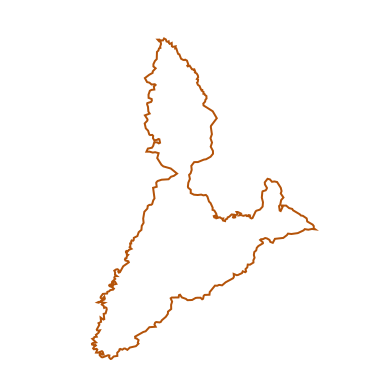 the district of Patos de Minas, Minas Gerais, Brazil, rotated 263°
{"feature_id": "56859067B7361246859240", "entity_name": "Patos de Minas", "entity_type": "district", "adm_level": 2, "iso_a3": "BRA", "parent_name": "Brazil", "parent_adm1": "Minas Gerais", "projection": "natural_earth1", "projection_center": [-46.486, -18.636], "detail": "fine", "context": "isolated", "style": "outline", "palette": "amber", "viewbox_px": 384, "rotation_deg": 263, "n_neighbors": 0, "source": "geoboundaries", "source_scale": "gbopen_adm2", "svg_char_len": 5949}
<svg xmlns="http://www.w3.org/2000/svg" viewBox="0 0 384 384"><g transform="rotate(263 192 192)"><path d="M195.9,268.6L192.7,265.4L190.6,265.3L186.9,266.9L186.2,266.6L184.7,265.4L184.1,262.2L183.4,261.8L177.9,260.6L173.2,261.2L168.9,260.3L166.2,257.2L165.6,253.7L165.0,252.8L158.8,248.9L158.5,247.9L159.2,246.8L160.4,246.7L160.9,245.4L161.8,246.4L162.2,245.6L161.5,243.4L162.4,242.8L162.1,240.0L163.2,237.8L163.1,236.3L164.7,237.9L166.6,234.9L166.7,233.8L165.0,234.5L164.0,234.1L163.8,232.2L161.6,231.8L161.4,230.4L161.8,229.6L164.4,230.7L164.9,228.6L162.9,225.9L162.5,224.3L161.2,223.7L160.6,221.8L159.1,221.3L159.9,219.3L160.8,219.0L161.9,219.6L161.9,218.4L163.5,216.6L163.1,213.9L164.0,214.4L164.8,214.0L163.4,212.4L164.1,211.0L165.4,210.7L165.9,212.8L166.7,213.5L167.6,213.4L170.9,211.9L171.8,210.2L173.9,210.6L178.7,209.1L180.5,207.7L185.7,206.7L187.4,205.4L187.3,202.9L188.3,200.8L188.3,197.3L189.1,193.6L191.1,190.6L194.3,191.0L196.8,188.7L197.9,188.6L201.7,189.5L205.2,191.5L209.3,191.2L210.7,192.9L214.0,194.4L218.0,194.5L221.4,197.8L221.0,201.5L222.7,207.7L222.8,210.0L224.7,214.7L227.4,217.5L230.2,217.8L234.7,216.1L238.6,217.9L243.1,216.9L246.9,218.8L254.3,218.6L255.3,218.9L262.2,225.6L269.6,222.4L276.5,214.0L278.4,214.0L280.1,216.0L282.0,216.6L283.0,217.8L285.5,218.0L287.1,216.4L287.9,216.3L288.1,215.3L290.0,215.6L291.3,214.1L292.1,214.5L292.6,213.4L296.3,212.4L297.7,210.9L299.9,210.3L300.7,211.2L302.8,211.7L303.5,210.6L305.2,212.1L307.0,212.0L309.0,211.1L310.3,209.5L311.0,209.9L313.3,209.3L312.9,208.4L313.7,208.0L313.9,206.9L317.6,205.1L317.2,203.1L317.9,202.7L318.6,203.7L319.5,203.8L323.0,203.0L324.2,201.3L323.9,200.2L324.4,199.0L325.6,197.4L330.2,196.2L330.6,195.2L331.8,194.8L336.4,193.9L336.5,192.8L338.6,193.5L338.4,190.6L339.1,189.8L342.4,190.0L341.7,188.0L342.6,187.3L344.4,187.2L344.0,186.2L344.5,185.1L346.6,184.6L347.8,183.0L346.0,181.7L346.3,179.0L347.2,178.3L347.4,176.5L345.4,177.9L344.8,179.2L342.7,179.3L339.9,178.0L338.9,178.2L338.5,176.7L336.5,175.9L335.3,174.3L328.2,173.2L326.6,171.2L323.6,169.3L321.3,169.0L319.2,171.0L316.6,167.8L315.0,167.4L313.6,163.9L310.8,159.1L306.6,160.8L305.7,163.1L303.6,165.0L303.5,168.2L302.7,168.9L301.3,167.0L298.3,167.1L298.3,164.3L297.6,162.5L293.9,160.7L290.7,160.4L289.2,163.3L287.6,163.3L286.4,162.4L285.7,158.5L284.7,158.1L281.8,158.7L277.2,158.5L275.0,159.5L273.8,154.6L269.5,156.7L268.3,156.4L265.8,153.4L260.8,153.9L258.2,155.9L254.3,156.6L253.6,157.4L253.5,159.5L252.4,160.3L250.2,159.8L247.8,160.9L248.1,164.0L248.7,165.0L248.3,166.0L244.8,166.3L244.3,165.0L245.6,163.3L245.8,160.5L242.5,159.1L240.8,157.6L240.5,153.5L237.6,151.7L237.2,154.8L235.9,157.9L236.0,160.3L234.6,163.6L229.9,161.6L222.7,165.0L220.9,166.7L217.9,173.8L212.1,179.4L210.2,175.9L209.7,173.0L207.5,170.3L207.9,163.4L207.1,159.3L206.3,158.2L205.5,157.6L201.5,157.6L200.9,153.9L190.2,154.0L188.4,152.5L184.9,151.0L184.3,150.1L184.4,148.1L183.6,146.4L181.0,145.7L178.2,142.3L171.5,140.3L167.3,140.2L164.5,138.0L160.6,137.2L158.6,134.2L154.9,132.4L153.6,128.7L151.5,128.3L150.8,127.5L151.3,126.2L150.4,125.6L148.3,125.4L148.4,124.3L145.6,124.2L144.9,123.4L143.0,125.0L142.3,122.4L141.1,121.2L141.5,120.1L141.1,119.2L140.0,119.1L139.7,120.0L137.9,119.7L137.4,120.9L136.1,119.5L134.3,118.9L134.3,117.8L133.3,117.2L132.1,117.6L131.0,120.4L129.9,120.7L126.7,114.7L121.2,110.7L120.9,109.6L121.9,109.1L122.7,109.8L123.6,109.6L124.4,108.7L124.4,107.3L123.4,105.3L121.6,105.9L119.4,105.5L117.7,107.2L117.9,105.6L117.3,104.9L116.3,104.4L115.1,105.2L112.7,101.8L111.5,101.5L111.6,102.7L112.5,103.2L112.3,104.7L110.0,105.7L109.7,102.5L108.2,101.9L110.1,100.5L110.2,99.6L109.5,98.4L108.6,98.7L107.5,100.8L105.6,102.7L104.7,101.8L104.6,98.9L103.6,97.8L103.2,95.8L101.6,95.4L101.7,91.1L99.2,88.7L98.2,88.4L97.3,89.1L97.4,90.7L98.8,92.2L96.9,92.5L96.0,92.0L95.0,88.3L94.1,87.2L92.7,91.6L92.0,89.3L91.3,88.7L89.8,90.4L87.7,90.7L88.1,92.0L87.5,92.9L86.0,93.1L82.1,91.5L81.8,89.5L76.5,89.4L76.2,88.5L78.5,86.0L74.2,85.9L73.2,83.2L71.5,83.9L67.1,80.7L66.3,80.9L65.9,81.8L65.9,83.7L63.6,82.0L61.9,79.2L60.0,79.8L59.9,77.4L58.8,76.7L58.4,75.2L54.4,78.4L54.1,75.0L53.6,74.2L52.8,74.2L51.9,76.2L52.1,77.4L51.4,77.9L50.3,76.0L48.8,74.8L47.9,75.4L47.9,78.2L47.1,78.8L44.3,77.2L44.0,79.0L45.0,83.2L44.2,83.9L41.5,84.4L41.5,83.2L43.0,81.6L43.0,80.7L41.2,80.5L39.1,82.1L38.8,83.2L40.2,88.9L39.8,90.1L38.1,89.6L37.1,90.1L36.2,90.9L36.3,91.8L38.3,94.2L38.4,97.9L41.6,98.2L43.5,100.7L44.6,100.8L45.0,101.6L44.0,103.7L44.9,105.4L44.8,106.5L43.2,108.6L45.2,111.4L45.8,117.5L48.0,120.4L48.9,119.8L51.5,120.9L53.4,119.1L53.8,117.9L55.4,117.9L59.0,126.6L59.4,129.0L63.0,133.2L62.7,139.5L65.0,138.6L66.8,139.5L67.3,140.6L66.5,144.0L67.0,145.4L68.3,146.3L71.3,150.8L74.0,153.2L76.2,153.6L78.4,157.1L82.5,157.5L85.6,158.9L89.1,157.9L89.7,159.0L89.0,165.8L91.3,166.6L91.5,167.6L88.6,169.1L86.7,172.9L85.2,174.3L84.8,178.9L86.4,182.7L86.4,184.2L86.0,187.6L84.3,189.0L84.7,190.0L87.6,191.0L88.3,192.0L87.9,196.8L90.5,197.4L96.3,203.4L95.9,205.6L96.5,207.6L95.7,210.5L98.3,214.4L101.4,222.3L102.8,223.3L105.6,223.4L104.0,226.2L104.0,227.4L105.4,231.7L107.1,232.7L105.9,235.1L106.5,236.0L108.9,235.7L110.5,237.7L113.2,238.5L112.8,240.7L114.5,244.4L116.8,244.6L119.1,246.1L121.9,245.7L124.8,246.5L126.2,248.6L128.7,249.5L130.3,251.3L132.4,256.1L133.4,256.2L136.1,253.8L136.7,254.7L136.6,256.8L137.4,259.0L136.8,260.7L135.1,263.0L132.9,263.7L131.7,266.0L135.4,268.6L135.3,277.0L137.6,280.9L139.0,282.2L138.2,285.5L138.3,292.0L140.3,298.0L141.4,299.4L140.4,302.8L140.7,306.5L139.9,309.8L141.2,308.4L143.3,308.7L144.9,307.8L148.7,302.8L151.8,302.6L154.8,299.2L155.5,297.1L156.7,296.3L161.5,290.1L163.0,289.4L164.2,286.4L167.0,283.8L167.6,279.7L166.8,279.5L166.1,280.1L162.3,277.7L162.9,276.8L167.4,276.7L168.5,278.0L173.1,279.5L175.4,282.1L179.7,279.9L182.0,281.0L185.4,280.6L191.5,277.7L192.4,275.2L192.4,272.6L195.0,270.9L195.9,268.6ZM94.1,87.2L94.3,85.9L93.9,84.8L93.5,85.9L94.1,87.2Z" fill="none" stroke="#b45309" stroke-width="2"/></g></svg>